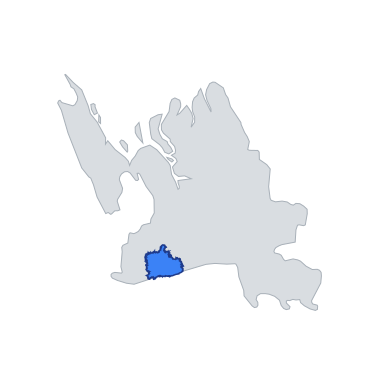 location of Sunamganj, Sylhet, Bangladesh, rotated 165°
{"feature_id": "16705992B61059366245275", "entity_name": "Sunamganj", "entity_type": "district", "adm_level": 2, "iso_a3": "BGD", "parent_name": "Bangladesh", "parent_adm1": "Sylhet", "projection": "mercator", "projection_center": [91.358, 24.888], "detail": "fine", "context": "in_parent", "style": "filled", "palette": "blue", "viewbox_px": 384, "rotation_deg": 165, "n_neighbors": 0, "source": "geoboundaries", "source_scale": "gbopen_adm2", "svg_char_len": 9392}
<svg xmlns="http://www.w3.org/2000/svg" viewBox="0 0 384 384"><g transform="rotate(165 192 192)"><path d="M132.9,273.5L132.8,264.4L126.8,246.5L127.1,244.5L125.8,235.9L124.3,231.1L123.6,225.9L127.2,218.6L125.7,217.4L117.7,215.1L116.8,213.2L118.5,206.0L112.7,199.1L110.5,194.0L116.6,177.3L118.2,165.7L117.7,163.5L113.9,160.9L107.3,159.9L102.6,157.7L99.8,154.4L97.5,153.1L94.6,154.1L90.9,152.8L87.8,149.5L85.3,145.5L86.3,141.2L91.1,130.9L92.9,130.6L97.1,132.6L98.7,132.6L101.4,128.5L105.3,116.9L118.8,117.9L122.0,117.5L125.4,116.6L127.2,115.1L128.3,113.3L127.9,111.7L123.8,109.5L122.2,107.8L121.0,103.2L119.8,101.4L111.7,101.2L107.4,99.0L105.1,97.1L101.0,90.8L95.9,86.0L91.0,84.9L89.1,83.4L88.1,81.0L88.7,77.5L91.2,70.7L104.6,56.1L104.9,54.5L104.4,52.6L100.4,50.3L100.2,49.1L101.3,46.1L103.5,45.7L108.2,48.5L112.9,53.0L115.7,57.0L115.8,60.2L119.5,60.8L122.5,62.2L125.7,61.8L127.7,62.6L129.1,62.3L129.6,60.4L127.0,55.8L128.3,53.9L131.4,54.0L133.6,55.8L135.2,59.3L135.5,64.8L139.1,69.8L143.9,73.3L147.6,74.9L152.1,76.1L156.0,74.9L157.9,71.5L157.0,68.4L157.6,65.6L159.2,64.1L161.6,64.2L163.4,66.4L168.6,78.2L167.5,83.5L168.7,97.8L167.4,107.3L168.2,110.9L169.1,111.6L177.0,113.3L188.4,117.1L197.2,118.5L236.7,117.4L245.4,119.3L271.8,117.9L279.0,120.9L286.8,125.8L291.2,129.4L292.0,131.5L291.5,133.3L290.0,134.2L287.3,134.3L281.1,131.9L280.1,132.6L280.0,138.2L274.9,152.4L274.2,156.7L272.5,158.4L267.2,159.3L263.8,167.5L262.4,168.6L258.9,166.8L256.8,167.1L254.1,167.8L251.5,169.7L249.6,172.1L247.5,172.9L240.2,172.7L238.7,176.5L233.9,181.5L230.6,194.6L230.8,198.7L234.9,209.2L237.8,222.7L238.9,224.1L240.2,224.2L240.3,218.0L241.7,217.2L243.4,217.9L246.8,226.3L248.8,228.4L251.9,229.0L255.4,227.7L257.9,225.3L259.0,222.6L258.1,213.5L259.8,209.8L265.7,204.2L266.6,202.5L266.2,193.4L268.5,193.1L271.5,193.8L275.4,191.6L276.5,191.6L278.2,193.9L280.9,193.5L285.0,211.7L285.3,224.5L286.2,231.6L287.7,233.2L292.3,243.8L296.5,281.1L297.0,304.7L298.7,312.7L297.3,314.5L295.8,314.8L294.5,312.0L284.8,306.1L282.4,306.7L279.1,310.1L277.8,313.4L278.4,317.9L279.4,322.3L281.7,324.9L281.9,327.7L284.5,338.2L283.7,338.3L278.5,328.7L272.1,319.2L270.0,302.3L269.9,293.9L265.5,284.0L261.4,266.7L263.2,260.6L260.1,263.3L255.3,252.9L247.7,242.7L245.5,238.2L245.4,233.8L242.1,238.2L237.7,241.3L233.2,246.0L230.2,247.4L220.6,248.2L215.1,242.0L207.2,226.7L206.2,223.2L207.2,214.2L205.3,205.7L204.8,198.2L203.4,198.8L202.8,200.9L203.1,204.1L202.6,206.7L189.3,205.0L195.0,209.5L201.0,210.5L204.2,214.6L204.4,221.2L198.4,225.3L198.9,228.6L202.4,232.8L198.2,233.9L197.1,236.6L197.0,240.5L199.9,246.3L199.4,248.7L204.4,256.3L205.4,260.0L204.1,265.2L193.3,275.7L190.2,283.2L187.5,286.6L184.2,287.3L180.1,283.8L180.1,280.1L180.9,277.3L186.5,270.3L183.5,271.2L174.7,277.0L173.0,272.3L171.9,268.0L171.9,262.7L176.1,254.8L171.4,258.7L170.0,263.7L170.6,269.5L170.0,273.6L168.1,279.0L165.6,282.2L161.4,284.2L159.6,287.4L156.8,289.7L155.9,278.9L152.9,264.3L152.2,267.5L153.8,276.5L153.7,282.4L151.4,287.1L146.9,292.1L143.4,292.8L141.3,292.0L134.8,284.5L134.3,277.4L132.9,273.5ZM212.9,273.7L204.8,275.4L200.7,274.9L208.4,261.7L208.1,255.9L206.9,251.1L203.0,247.2L202.8,244.4L201.0,240.7L200.1,236.3L204.5,234.8L208.0,237.4L209.2,242.4L211.0,246.1L217.0,253.9L216.9,258.6L215.3,270.1L212.9,273.7ZM230.1,269.4L225.2,272.9L226.8,252.1L230.5,259.8L231.4,264.0L230.1,269.4ZM248.9,259.0L246.8,260.5L244.8,259.2L242.2,254.3L243.5,248.1L244.3,247.3L247.4,253.6L248.9,259.0ZM267.1,302.7L264.3,302.9L263.0,301.4L263.6,299.4L262.9,292.7L266.4,292.0L267.7,297.6L267.1,302.7ZM264.0,283.9L262.0,290.6L261.1,287.6L262.6,281.8L264.0,283.9ZM206.6,229.8L207.4,232.0L202.9,229.2L201.7,227.2L203.7,226.2L206.6,229.8Z" fill="#d9dde1" stroke="#a8b0b8" stroke-width="1"/><path d="M253.2,143.1L253.5,142.1L253.1,142.0L253.1,142.3L253.0,142.0L253.8,141.8L253.9,141.7L253.6,141.5L253.7,141.2L253.4,141.0L253.5,141.0L253.7,140.6L254.0,140.6L254.0,140.8L254.3,140.9L254.4,140.6L254.2,140.5L254.3,140.4L253.7,139.7L254.0,139.4L254.3,139.3L254.4,139.1L254.5,138.9L254.5,138.7L254.3,138.8L254.2,138.4L253.9,138.2L253.3,138.3L253.3,137.9L253.2,137.7L252.6,137.8L253.0,137.5L253.4,137.3L253.4,137.1L253.9,137.5L254.4,137.4L254.2,137.2L254.5,137.1L254.3,137.0L254.4,136.4L254.2,136.5L254.1,136.3L253.7,136.3L253.6,135.9L253.9,136.0L253.7,135.6L253.6,135.0L253.6,135.3L253.7,135.1L253.8,135.5L254.0,135.0L253.8,134.9L253.8,134.5L253.6,134.4L253.9,134.0L254.4,133.8L254.4,133.1L254.8,133.2L254.8,133.6L255.3,133.6L255.3,133.4L255.5,133.4L255.6,133.2L255.4,132.8L255.2,132.9L254.8,132.8L254.7,132.5L254.8,132.2L254.5,132.2L254.8,132.0L255.1,132.0L255.1,131.8L255.3,131.6L255.3,131.4L254.7,131.4L255.3,131.3L255.4,131.1L255.2,130.8L254.9,130.9L255.2,130.7L255.0,130.4L255.3,130.2L255.1,130.0L255.2,129.7L255.6,129.7L255.8,129.5L256.0,129.5L256.2,129.3L255.8,129.1L256.2,128.4L256.1,128.2L255.6,127.8L255.8,127.8L255.8,127.5L254.4,127.0L254.0,126.6L255.1,126.8L255.4,126.7L255.1,126.4L254.6,125.8L254.1,125.6L254.1,125.4L254.7,125.3L254.6,125.0L254.3,124.5L255.0,124.4L255.1,124.2L254.8,123.9L255.0,123.6L255.6,123.5L256.1,123.2L256.4,123.3L257.2,123.2L256.9,123.0L257.2,122.7L256.6,122.2L256.4,121.8L256.5,121.6L256.4,121.3L256.7,121.0L256.5,120.8L256.8,120.4L256.9,119.9L256.5,119.9L256.5,119.6L256.2,119.6L256.2,119.0L255.6,118.8L255.5,119.1L255.3,119.1L255.2,119.5L254.7,119.6L254.1,119.5L253.9,119.6L254.0,120.0L253.8,120.0L253.6,119.8L253.4,119.8L253.3,120.0L253.1,120.0L252.9,120.3L252.2,120.1L251.9,119.2L251.7,119.1L251.5,119.3L251.5,119.1L251.1,119.4L251.0,119.1L250.9,118.8L251.1,118.4L250.9,118.4L251.1,118.0L251.7,117.9L251.7,117.6L251.4,117.5L251.2,117.7L249.9,117.7L249.6,118.1L249.9,118.4L249.2,118.3L249.0,118.6L249.0,118.9L247.5,119.2L246.8,119.0L246.4,119.2L246.3,119.6L245.9,119.4L245.8,119.6L245.5,119.5L245.3,119.6L245.0,119.7L244.7,119.6L244.9,119.4L244.8,119.2L244.9,118.8L244.3,119.0L244.1,118.7L244.0,118.9L243.6,118.9L243.2,118.5L242.8,118.5L242.4,117.8L242.2,118.2L241.6,118.1L241.0,117.9L240.6,117.9L240.2,117.8L240.0,117.4L239.5,117.8L239.4,117.5L238.8,117.7L238.6,117.5L238.3,117.5L238.2,117.3L237.9,117.1L237.3,117.2L236.4,117.1L236.7,116.7L235.9,116.4L235.6,115.9L235.2,116.0L235.2,116.3L234.8,116.3L234.8,116.5L234.6,116.4L234.1,116.5L234.1,116.4L233.8,116.5L233.6,116.3L232.2,116.2L230.8,116.5L230.6,116.4L229.0,116.6L226.4,116.4L226.5,116.6L226.3,116.7L225.7,116.7L224.6,117.1L224.0,117.0L221.5,117.8L221.4,118.0L221.8,118.3L221.6,118.5L221.4,118.6L221.2,118.9L220.9,118.9L220.8,119.5L221.0,119.6L220.9,119.8L221.1,119.9L221.1,120.4L220.7,120.7L221.3,121.4L221.8,121.7L221.9,121.8L221.7,122.0L221.8,122.5L222.0,122.7L221.8,122.9L221.4,122.8L221.1,122.9L220.6,122.4L219.8,122.6L220.0,122.8L220.2,123.2L219.9,123.3L220.0,123.4L219.9,123.6L220.0,124.3L220.9,124.2L221.0,124.4L221.5,124.7L221.2,124.9L220.9,124.8L220.3,125.1L220.1,125.5L220.2,126.1L220.4,126.3L220.7,126.3L220.7,126.8L220.4,127.3L220.6,127.4L220.5,127.8L220.8,128.0L221.3,127.9L221.6,128.5L221.9,128.7L221.8,129.2L221.5,129.3L221.5,129.5L220.8,129.6L220.8,129.8L221.1,129.6L221.2,130.4L221.0,130.7L221.5,131.1L221.8,130.8L221.9,131.0L221.9,130.8L222.2,130.8L222.8,130.9L223.0,131.2L223.1,132.1L223.4,132.0L223.9,131.7L223.9,132.0L224.1,132.1L223.9,132.2L224.0,132.4L224.3,132.2L224.5,132.5L224.6,132.1L225.0,131.6L225.0,131.4L225.2,131.2L225.4,131.5L225.7,131.5L226.0,131.5L226.3,131.7L226.8,131.7L227.1,132.1L227.3,132.3L227.7,132.2L227.7,132.4L227.8,132.4L228.2,133.1L228.1,133.3L228.0,133.2L227.9,133.5L228.2,133.7L228.4,134.3L228.8,134.4L228.9,134.5L229.2,134.7L228.7,134.9L228.4,135.9L228.5,136.4L229.2,136.8L229.2,137.1L229.9,137.0L229.8,136.7L230.1,136.3L230.1,135.8L229.8,135.5L230.2,134.8L230.5,135.1L230.8,135.1L230.8,135.3L231.1,135.4L231.1,136.3L230.8,136.7L230.6,137.2L231.0,137.2L231.1,137.8L230.9,137.8L230.8,138.1L230.5,138.3L230.5,138.6L230.2,138.5L229.4,138.9L229.6,139.1L230.1,139.1L230.2,139.5L230.4,139.3L230.5,139.4L230.5,139.7L230.4,139.8L230.1,139.5L229.9,139.7L230.2,140.1L230.2,140.3L229.7,140.6L230.5,140.6L230.5,141.0L231.0,140.6L231.5,140.6L232.3,141.3L232.4,141.1L232.7,141.4L232.7,141.2L233.0,141.2L233.4,140.8L233.4,140.4L233.6,140.5L233.8,140.7L233.7,141.5L233.3,141.7L233.9,142.2L234.3,142.3L234.4,142.9L234.2,143.1L234.0,143.3L233.5,143.1L233.5,143.4L233.9,143.6L233.8,144.2L233.6,144.4L233.4,144.4L233.3,144.2L232.9,144.3L232.6,145.3L232.3,145.2L232.2,145.6L231.4,145.4L231.5,145.7L231.4,146.0L232.4,146.5L232.4,146.9L232.6,147.3L232.3,147.5L232.7,147.7L232.6,147.8L232.7,148.1L233.6,148.2L234.0,148.5L235.4,148.0L235.4,147.3L235.8,146.7L235.8,147.1L236.3,147.2L236.7,147.1L237.4,145.1L237.2,144.5L237.3,144.2L237.6,144.6L238.8,143.6L239.0,143.2L239.2,143.6L239.4,143.5L239.8,142.9L239.3,142.6L239.5,142.4L240.4,142.3L240.8,142.1L241.3,142.5L241.0,142.7L241.3,143.0L241.6,143.0L241.6,143.3L242.1,143.2L242.3,143.3L242.4,142.9L243.0,142.8L242.9,143.4L243.0,143.4L243.1,143.2L243.5,143.4L243.4,143.8L243.7,144.0L243.6,144.4L243.9,144.1L243.9,143.6L244.2,143.6L244.6,143.7L244.7,144.0L245.2,143.5L245.5,143.7L245.6,143.3L246.0,143.7L246.1,143.4L246.9,143.7L247.4,143.7L247.6,144.1L247.6,143.8L248.0,144.0L248.0,144.5L248.4,144.2L248.6,143.6L249.0,144.0L249.1,143.7L249.7,144.2L249.9,144.7L250.0,144.4L249.9,144.0L249.5,143.7L250.0,143.1L250.2,143.3L250.2,143.8L250.5,144.0L250.5,143.7L251.0,143.4L251.5,143.4L251.6,143.1L252.2,144.1L252.4,144.0L252.4,143.3L252.7,143.1L253.2,143.1Z" fill="#3b82f6" stroke="#1e3a8a" stroke-width="1.5"/></g></svg>